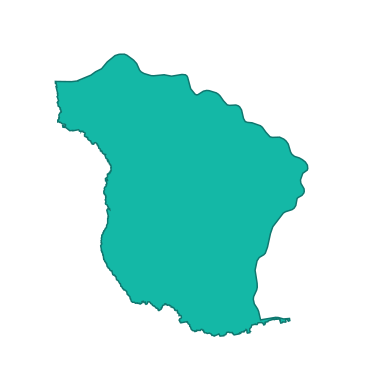 Cabrera, María Trinidad Sánchez, Dominican Republic, rotated 169°
{"feature_id": "3306468B70752003572919", "entity_name": "Cabrera", "entity_type": "district", "adm_level": 2, "iso_a3": "DOM", "parent_name": "Dominican Republic", "parent_adm1": "María Trinidad Sánchez", "projection": "robinson", "projection_center": [-69.932, 19.577], "detail": "fine", "context": "isolated", "style": "filled", "palette": "teal", "viewbox_px": 384, "rotation_deg": 169, "n_neighbors": 0, "source": "geoboundaries", "source_scale": "gbopen_adm2", "svg_char_len": 5944}
<svg xmlns="http://www.w3.org/2000/svg" viewBox="0 0 384 384"><g transform="rotate(169 192 192)"><path d="M289.2,323.3L305.0,326.6L305.0,325.1L305.3,325.1L305.3,324.7L304.6,324.7L304.6,322.0L305.3,321.6L305.0,321.2L305.3,320.8L305.3,320.1L305.0,320.1L305.3,319.7L305.0,314.3L305.3,314.3L305.3,312.3L306.3,311.2L306.0,310.8L305.6,306.9L306.7,306.1L306.7,305.0L307.0,305.0L306.7,304.6L307.0,301.9L306.0,301.1L305.6,299.5L305.3,299.5L305.6,298.4L305.3,298.4L305.0,296.1L305.3,296.1L305.3,295.3L306.0,295.3L308.0,293.0L308.0,290.6L308.3,290.6L308.3,289.9L308.7,289.9L308.7,289.1L309.3,288.3L310.0,288.3L310.4,286.4L309.3,286.4L308.7,285.6L308.0,285.6L306.0,283.3L304.0,282.9L303.3,282.1L303.6,281.0L304.3,280.6L305.0,281.4L306.3,281.7L306.3,280.2L303.6,279.4L300.3,275.5L297.2,275.2L297.2,274.8L291.5,274.8L290.9,274.0L290.9,273.2L289.5,272.8L289.5,272.4L289.2,272.8L287.5,272.4L287.5,271.7L285.8,270.5L285.8,269.4L286.5,269.0L286.8,267.4L286.1,266.6L285.5,266.6L284.8,265.5L284.1,265.5L284.1,263.5L282.8,262.0L281.8,261.6L281.4,259.3L280.8,258.9L280.8,258.1L279.4,257.7L278.4,258.9L277.4,258.9L276.1,257.7L276.1,256.6L275.7,256.6L275.4,255.0L275.1,255.0L275.1,252.7L274.0,251.9L274.0,250.0L273.4,250.0L273.4,249.2L272.7,249.2L272.4,247.3L271.0,245.7L270.4,245.7L270.4,245.0L270.0,245.0L270.4,244.6L270.0,241.5L269.0,240.7L269.0,239.2L268.3,239.2L268.7,238.0L268.0,238.0L267.7,235.3L267.0,234.9L267.0,233.7L266.6,233.7L266.6,231.4L267.0,231.4L267.3,228.3L268.0,228.3L268.3,227.2L269.0,227.2L269.0,226.4L270.0,226.4L270.3,225.6L270.7,226.0L271.7,225.6L272.0,222.9L274.4,221.7L274.7,219.4L274.0,219.0L273.0,220.6L272.7,220.6L272.7,219.4L273.4,219.4L274.0,218.6L274.0,216.3L274.7,215.9L274.7,215.2L275.1,215.2L275.1,214.4L275.7,213.6L276.4,213.6L277.4,212.4L277.4,210.9L278.4,209.7L278.7,207.8L278.4,207.8L278.4,206.6L278.1,206.6L277.7,205.1L277.4,205.1L277.4,203.5L277.7,203.5L278.1,201.2L278.7,200.8L278.4,200.4L278.4,198.5L279.1,197.7L279.1,196.6L277.7,195.4L277.4,193.5L277.1,193.5L277.1,191.9L276.1,191.5L276.1,190.4L277.1,191.5L278.1,191.5L279.1,190.4L278.7,183.8L279.1,183.8L279.4,182.2L279.8,182.2L280.8,177.2L282.1,175.7L282.8,173.3L283.8,173.0L285.5,170.6L286.1,170.6L286.5,169.5L287.1,169.1L287.1,168.3L288.8,166.8L289.2,164.8L289.8,164.1L289.8,162.5L290.5,161.7L290.5,159.4L290.8,159.4L290.5,158.2L291.9,156.7L291.9,152.0L292.2,152.0L291.9,150.1L291.5,150.1L291.5,147.0L291.2,147.0L291.5,142.8L291.2,142.8L290.8,140.4L290.5,140.4L289.8,138.1L289.5,138.1L289.5,135.0L288.8,134.2L288.8,133.5L287.8,132.7L287.5,131.1L286.5,130.0L285.8,130.0L285.5,126.1L284.8,125.3L284.1,125.3L283.5,124.6L283.5,123.8L282.8,123.4L282.8,120.3L281.4,119.1L280.4,116.0L279.8,115.7L279.8,113.0L279.1,112.6L278.4,110.2L277.7,109.9L277.4,108.7L276.7,108.7L275.1,106.8L275.1,104.0L274.4,103.7L274.4,102.9L273.0,101.3L273.0,99.0L272.7,99.0L272.4,96.3L271.4,95.1L269.7,94.8L268.7,93.6L267.0,93.6L267.0,93.2L265.0,92.8L265.0,92.4L264.0,92.4L264.0,92.0L262.6,92.4L261.9,93.2L261.9,94.0L260.6,94.0L260.3,92.8L258.9,92.8L259.2,91.3L258.6,90.5L257.2,90.9L256.6,92.4L254.9,92.4L253.9,91.3L253.9,90.5L252.5,89.3L252.5,88.6L251.5,87.4L250.8,87.4L249.2,84.7L248.5,84.7L247.8,83.9L247.8,83.1L247.5,83.1L247.5,82.4L246.8,82.4L246.8,82.0L244.8,82.8L244.1,83.5L244.1,84.3L243.5,84.3L242.4,86.2L240.4,86.6L240.1,87.4L239.1,87.4L238.8,86.2L238.1,86.2L237.7,85.5L236.1,85.5L235.7,84.7L235.1,84.7L234.4,83.9L234.4,83.1L233.7,83.1L233.4,82.4L232.7,82.4L231.7,81.2L231.4,79.3L230.7,79.3L230.3,78.5L229.0,78.5L229.0,76.6L229.3,76.2L228.0,75.0L228.3,73.1L226.7,73.1L226.3,72.7L226.3,70.8L227.0,70.0L228.0,70.0L228.7,69.2L228.7,68.4L229.0,68.4L228.3,66.1L227.7,66.1L227.7,65.7L221.9,65.7L221.9,65.3L221.3,65.3L220.9,63.4L219.6,62.2L219.9,60.7L219.3,59.9L218.9,57.2L217.6,55.7L216.2,55.3L215.9,54.5L214.6,54.5L214.6,54.9L213.6,54.9L213.6,55.3L210.2,54.5L209.5,55.3L208.5,55.3L207.8,54.1L207.2,54.1L207.2,52.6L206.8,52.6L206.5,51.4L204.8,51.0L204.1,50.2L201.8,50.2L200.1,48.7L199.8,47.5L199.1,47.5L198.4,46.8L197.4,46.8L197.4,46.4L192.7,47.5L192.0,45.2L188.3,44.8L188.3,45.2L186.0,45.6L184.7,47.5L182.6,47.5L182.0,46.8L179.3,46.4L179.3,45.6L178.6,45.2L178.6,44.4L177.9,43.7L172.9,43.7L172.9,44.0L171.9,44.0L171.9,44.4L171.2,44.0L170.2,45.2L167.8,44.8L167.8,45.2L167.2,45.2L167.2,45.6L165.8,46.0L165.2,46.8L164.5,46.0L164.8,43.3L164.5,42.9L162.1,42.9L161.8,44.0L161.5,44.0L161.8,44.4L161.5,46.8L159.8,47.9L158.8,49.9L155.1,50.2L155.1,49.9L153.4,49.5L152.1,51.0L148.7,50.6L147.3,49.5L147.0,47.9L146.0,47.9L145.3,48.7L145.3,49.5L145.0,49.5L145.0,50.2L142.3,50.2L141.6,51.0L137.6,51.4L137.6,51.8L135.6,51.4L135.6,51.0L133.6,51.4L133.6,51.0L130.2,50.6L129.9,50.2L129.9,49.1L130.2,49.1L129.9,46.4L128.5,46.4L127.9,47.1L124.8,46.4L124.5,46.8L124.5,49.1L122.8,49.1L122.1,46.8L120.5,47.1L120.5,49.1L119.8,49.2L126.3,49.9L131.4,52.4L133.9,53.0L149.1,53.4L149.4,62.1L150.0,64.8L152.2,70.3L152.3,74.9L151.5,77.5L147.2,83.5L146.1,86.1L145.5,90.0L145.0,103.2L141.3,112.0L138.5,114.9L133.5,116.7L131.7,118.0L128.4,123.5L122.9,136.3L119.3,142.5L106.4,153.9L103.9,154.8L97.1,155.6L94.9,156.6L92.7,158.9L90.1,165.5L89.0,166.3L84.7,167.7L82.4,169.7L81.7,171.2L81.4,173.8L83.5,179.8L83.2,183.2L79.7,189.2L74.7,191.5L73.9,192.9L73.6,196.3L75.0,199.8L77.4,202.6L80.2,205.0L84.6,207.4L86.7,209.9L87.6,212.4L88.4,220.7L90.0,224.2L91.8,226.4L95.5,229.1L102.8,230.3L104.9,231.3L108.1,236.6L110.6,242.1L112.2,244.0L119.9,248.5L124.4,249.8L126.3,251.0L127.4,254.3L127.7,263.1L129.0,266.5L130.2,267.8L132.3,269.0L138.7,269.9L140.8,270.8L143.7,275.5L146.1,280.9L147.5,283.0L149.3,284.7L155.8,288.2L158.2,288.9L161.6,288.8L167.7,286.4L169.1,286.5L170.3,287.4L173.6,293.6L174.4,305.4L174.9,307.0L176.1,308.3L179.4,309.3L190.0,309.6L197.0,312.4L207.4,313.4L209.9,314.0L216.4,317.4L218.9,319.5L220.2,321.6L221.8,328.6L224.2,332.6L229.8,338.7L232.1,340.2L237.2,341.1L241.5,340.6L250.3,335.9L257.3,330.2L263.8,328.4L268.9,326.0L282.7,323.2L282.7,322.8L289.2,323.3Z" fill="#14b8a6" stroke="#0f766e" stroke-width="1.5"/></g></svg>